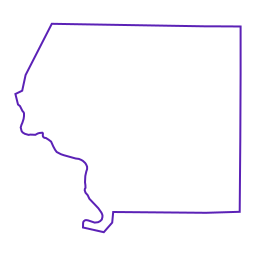 outline of Jackson, Illinois, United States of America
{"feature_id": "52423323B46425016798066", "entity_name": "Jackson", "entity_type": "district", "adm_level": 2, "iso_a3": "USA", "parent_name": "United States of America", "parent_adm1": "Illinois", "projection": "natural_earth1", "projection_center": [-89.531, 37.759], "detail": "fine", "context": "isolated", "style": "outline", "palette": "violet", "viewbox_px": 256, "rotation_deg": 0, "n_neighbors": 0, "source": "geoboundaries", "source_scale": "gbopen_adm2", "svg_char_len": 1048}
<svg xmlns="http://www.w3.org/2000/svg" viewBox="0 0 256 256"><path d="M240.6,73.2L240.6,26.5L229.3,26.4L203.7,26.3L51.8,23.8L25.6,75.0L22.2,90.7L15.4,94.0L18.0,104.5L20.0,106.1L22.4,110.9L23.6,112.3L24.0,113.3L24.0,116.1L23.6,118.9L22.4,122.7L21.4,125.0L20.7,127.5L21.5,130.7L21.8,131.4L22.7,132.5L24.8,133.8L28.6,134.9L30.3,134.6L35.4,134.8L37.7,133.5L39.4,133.0L42.3,132.7L42.7,133.0L42.9,133.5L42.8,135.6L43.0,136.6L44.3,137.8L45.9,138.0L48.6,139.7L51.1,141.6L53.3,146.5L55.1,149.8L56.7,152.0L60.9,154.2L63.8,155.2L75.7,158.5L78.8,158.9L81.2,159.9L82.9,160.9L85.1,162.9L86.1,164.4L87.1,166.7L87.1,169.1L86.3,171.5L85.3,176.0L85.0,182.3L85.4,185.1L85.5,187.9L84.9,188.8L84.7,190.2L85.5,192.7L87.7,195.2L89.4,198.8L98.3,208.2L101.4,212.6L102.2,214.4L102.5,215.7L102.4,217.2L101.8,219.5L100.2,221.1L98.1,222.2L94.7,222.6L88.1,220.4L86.3,220.1L85.2,220.2L83.8,221.2L83.3,222.0L83.1,223.2L83.0,226.8L83.0,227.5L103.8,232.2L112.2,222.6L113.2,212.0L206.1,212.8L239.7,211.8L240.3,139.2L240.6,73.2Z" fill="none" stroke="#5b21b6" stroke-width="2"/></svg>